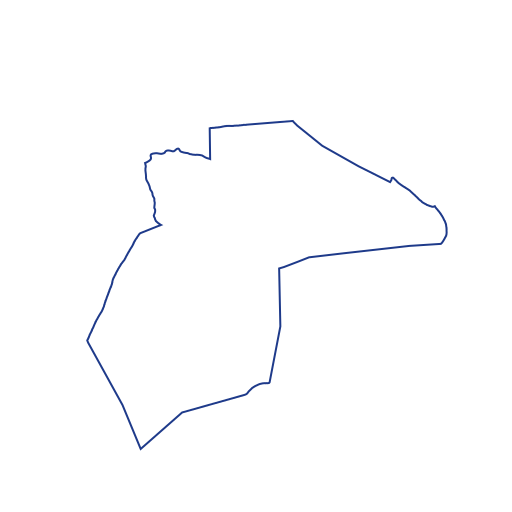 Homoine, Inhambane, Mozambique, rotated 248°
{"feature_id": "85939544B9969435799517", "entity_name": "Homoine", "entity_type": "district", "adm_level": 2, "iso_a3": "MOZ", "parent_name": "Mozambique", "parent_adm1": "Inhambane", "projection": "orthographic", "projection_center": [35.094, -23.913], "detail": "fine", "context": "isolated", "style": "outline", "palette": "blue", "viewbox_px": 512, "rotation_deg": 248, "n_neighbors": 0, "source": "geoboundaries", "source_scale": "gbopen_adm2", "svg_char_len": 6090}
<svg xmlns="http://www.w3.org/2000/svg" viewBox="0 0 512 512"><g transform="rotate(248 256 256)"><path d="M138.6,128.9L131.5,193.6L131.5,194.7L131.6,195.6L132.0,196.6L133.1,198.4L133.3,198.8L133.9,200.3L134.6,202.0L135.1,203.1L135.2,203.6L135.2,204.0L135.5,205.0L135.5,205.8L135.7,206.3L135.8,208.7L135.9,210.0L135.9,211.6L135.4,214.6L134.7,216.8L134.4,217.2L134.2,218.1L133.9,218.6L133.6,219.5L133.4,220.4L133.5,220.8L133.8,221.3L181.6,252.2L235.8,272.8L235.3,277.7L235.0,292.9L234.9,304.7L225.9,337.5L207.9,402.0L198.0,431.9L198.6,433.4L199.8,435.2L200.4,436.0L201.1,436.8L201.3,437.2L201.5,437.5L202.1,438.0L202.3,438.3L202.6,438.8L203.0,439.1L203.5,439.9L204.0,440.1L204.3,440.4L204.7,440.7L206.5,441.6L207.7,442.0L209.2,442.6L209.5,442.8L209.9,442.8L210.6,443.2L211.0,443.2L211.3,443.3L212.7,443.6L213.6,443.9L214.0,443.9L214.4,444.1L215.2,444.0L215.7,444.1L216.6,444.1L218.1,444.1L218.5,443.9L219.9,443.9L220.3,443.8L221.4,443.8L221.9,443.7L222.7,443.6L223.1,443.5L223.6,443.5L224.0,443.3L224.4,443.3L224.8,443.2L225.3,443.2L225.6,443.0L226.1,443.0L226.6,442.9L226.9,442.7L227.4,442.7L228.2,442.4L228.6,442.4L230.3,441.7L230.7,441.7L231.2,441.6L232.0,441.2L234.0,440.6L234.4,440.6L234.9,440.4L235.2,440.4L235.2,440.2L235.2,439.3L235.3,438.5L236.1,437.2L236.5,436.9L236.8,436.5L237.0,436.1L237.4,435.8L237.6,435.4L238.0,435.2L238.5,434.5L238.9,434.2L239.4,433.5L240.1,433.1L240.4,432.9L241.0,432.4L241.2,432.1L242.6,431.1L242.9,430.8L243.8,430.2L245.0,429.8L246.7,428.7L247.2,428.5L247.6,428.3L248.4,427.9L248.8,427.9L249.2,427.6L250.8,427.0L251.6,426.5L253.3,425.9L253.8,425.5L254.5,425.2L258.3,423.4L258.7,423.3L259.2,423.0L259.6,422.8L259.9,422.5L261.5,421.5L261.8,421.2L262.6,420.7L263.0,420.3L263.5,420.1L263.9,419.7L264.4,419.5L264.8,419.0L265.7,418.4L266.1,418.2L266.4,417.9L266.9,417.6L267.2,417.5L267.6,417.1L268.0,416.9L268.8,416.4L269.2,416.2L270.2,415.5L271.1,415.2L271.5,414.9L273.5,414.2L274.3,413.8L275.1,413.4L276.0,413.1L276.4,412.9L277.2,412.5L277.4,412.2L277.5,411.8L277.5,411.3L277.2,410.9L276.2,410.3L275.5,409.7L274.3,408.0L300.8,384.7L333.4,358.7L361.6,343.0L362.9,342.5L364.9,341.6L365.7,341.3L366.1,341.1L367.4,340.7L381.3,296.4L381.3,296.0L382.3,293.4L382.3,292.9L382.8,291.3L382.8,290.9L383.3,289.7L383.3,289.3L383.6,288.3L384.1,287.1L384.4,286.2L385.0,284.5L385.0,284.1L385.6,282.3L385.9,281.7L386.4,280.5L386.8,279.6L387.0,278.9L387.6,277.5L387.6,277.1L387.9,276.4L387.9,276.0L388.2,275.2L388.2,274.7L388.5,273.7L388.5,273.2L388.7,272.4L388.7,272.0L388.8,271.6L389.1,270.3L389.2,269.8L389.4,269.5L389.4,269.1L390.2,266.7L390.2,266.3L390.6,265.1L390.6,264.8L391.1,263.7L391.2,263.0L391.7,261.8L391.6,261.3L391.7,260.9L363.1,249.8L363.3,249.6L365.3,247.0L366.6,245.8L367.9,244.8L369.4,243.7L370.8,241.6L372.1,239.0L372.3,238.1L373.7,235.3L374.7,233.9L375.3,232.8L376.2,232.0L377.0,231.2L377.9,229.5L378.4,228.8L378.7,228.2L379.0,227.8L380.1,226.4L380.6,225.8L381.3,225.2L382.2,224.9L383.9,224.7L384.6,224.3L384.9,223.4L384.9,222.6L384.5,221.2L384.2,220.5L383.9,219.1L384.3,217.9L385.8,215.9L386.6,214.5L386.9,213.7L387.1,212.7L387.0,211.7L386.7,210.9L386.1,210.3L385.8,208.8L385.9,208.4L386.0,207.3L386.2,206.4L386.5,205.8L387.5,204.1L388.2,203.0L388.7,202.0L389.1,200.7L389.6,198.6L389.6,197.8L389.5,196.7L388.8,196.0L388.0,195.7L387.0,195.6L386.0,195.3L385.0,194.5L384.4,193.1L384.1,191.6L383.8,189.5L383.8,188.0L382.7,187.9L382.3,187.7L381.1,187.6L380.0,187.2L378.8,186.4L376.7,185.5L373.0,184.5L371.2,183.9L370.8,183.8L369.7,183.3L367.8,182.9L366.5,183.0L363.5,183.4L360.5,183.4L357.3,182.9L356.1,183.1L355.0,183.4L353.9,183.5L352.9,183.4L351.5,183.0L350.1,182.9L348.1,183.2L347.2,183.2L345.2,182.4L343.4,182.1L342.5,181.7L341.7,181.3L340.3,180.5L338.9,179.8L338.3,179.7L337.1,179.9L335.8,179.5L334.6,178.9L333.4,177.9L331.8,176.4L330.6,176.2L328.9,176.4L328.1,176.2L325.8,176.3L325.4,176.6L324.2,177.1L323.8,177.4L323.4,177.5L322.1,178.4L321.0,179.0L320.4,179.5L320.5,157.2L320.3,156.8L320.2,156.4L319.8,155.6L319.5,155.2L319.2,154.8L319.0,154.5L318.7,154.1L318.6,153.8L318.0,152.9L317.6,152.6L317.5,152.2L317.2,151.9L317.0,151.5L316.0,150.0L315.3,149.3L315.2,148.9L314.9,148.7L314.7,148.3L314.0,147.7L313.9,147.4L313.5,147.2L313.2,146.7L312.8,146.5L312.6,146.1L312.3,145.9L312.0,145.4L311.3,144.7L311.2,144.4L310.6,143.7L310.0,142.7L309.1,141.6L308.9,141.2L308.6,141.0L308.4,140.7L307.8,140.0L307.5,139.4L307.1,139.1L306.9,138.7L305.9,137.5L305.7,137.2L305.3,136.9L305.1,136.5L304.8,136.1L303.9,135.1L303.7,134.8L302.8,133.9L302.6,133.5L301.8,132.7L301.5,132.2L301.1,131.4L300.7,130.9L300.6,130.5L300.4,130.2L299.5,128.8L299.1,127.9L298.7,127.6L298.5,127.1L298.1,126.8L297.8,126.3L297.5,126.0L296.9,125.0L296.4,124.5L295.5,123.2L294.7,122.4L294.2,121.6L293.9,121.4L293.1,120.3L292.7,119.9L292.4,119.5L291.9,119.2L291.7,118.8L291.3,118.5L291.1,118.0L290.8,117.8L290.5,117.4L289.7,116.6L289.5,116.2L289.2,116.0L288.9,115.5L288.4,115.2L288.1,114.7L286.0,113.2L285.6,112.9L285.1,112.8L284.8,112.4L283.8,111.8L283.5,111.4L282.8,110.9L282.2,110.3L281.8,110.1L281.7,109.7L281.3,109.5L281.0,109.2L280.7,108.7L280.3,108.4L280.0,108.2L279.8,107.9L279.1,107.2L278.7,107.1L277.8,106.1L277.4,105.9L277.3,105.6L276.9,105.4L276.7,105.1L276.4,104.9L275.9,104.4L275.6,104.3L275.3,103.9L275.0,103.5L274.6,103.3L273.9,102.5L273.5,102.2L273.2,102.0L273.0,101.7L272.5,101.4L271.4,100.3L271.1,100.1L270.9,99.7L270.5,99.6L270.2,99.2L269.8,99.0L269.6,98.7L268.6,97.9L267.8,97.4L267.5,96.9L266.8,96.5L266.5,96.3L266.1,96.0L264.9,94.7L264.4,94.4L264.3,94.1L263.9,93.8L263.5,93.3L263.1,93.0L261.8,91.4L261.5,90.8L260.7,89.9L260.6,89.6L259.3,87.9L259.0,87.6L258.7,87.1L258.2,86.5L256.9,85.0L256.7,84.6L256.4,84.3L256.1,83.8L255.2,83.0L254.8,82.2L254.4,82.1L253.8,81.4L252.3,79.8L251.9,79.4L251.6,79.2L251.3,78.8L250.9,78.5L250.1,77.6L249.8,77.1L249.4,76.8L249.1,76.4L248.7,76.2L248.5,75.8L248.2,75.7L247.0,74.3L246.7,74.0L246.5,73.7L246.1,73.3L245.8,72.9L245.2,72.2L244.9,72.1L243.8,70.9L243.3,70.6L243.1,70.2L242.8,69.9L242.4,69.7L242.1,69.2L241.8,69.0L241.7,68.7L240.9,67.9L238.5,67.9L167.8,76.4L120.3,76.8L138.6,128.9Z" fill="none" stroke="#1e3a8a" stroke-width="2"/></g></svg>